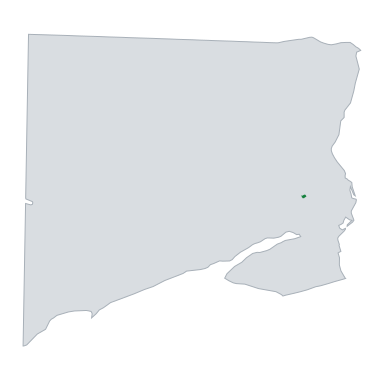 location of Shaykh Zayed, Al Jizah, Egypt, rotated 91°
{"feature_id": "37247803B86158206640686", "entity_name": "Shaykh Zayed", "entity_type": "district", "adm_level": 2, "iso_a3": "EGY", "parent_name": "Egypt", "parent_adm1": "Al Jizah", "projection": "equal_earth", "projection_center": [30.979, 30.049], "detail": "fine", "context": "in_parent", "style": "filled", "palette": "green", "viewbox_px": 384, "rotation_deg": 91, "n_neighbors": 0, "source": "geoboundaries", "source_scale": "gbopen_adm2", "svg_char_len": 3545}
<svg xmlns="http://www.w3.org/2000/svg" viewBox="0 0 384 384"><g transform="rotate(91 192 192)"><path d="M348.9,358.2L340.3,358.2L331.7,358.2L323.1,358.2L314.5,358.2L305.9,358.2L297.3,358.2L288.7,358.2L280.1,358.2L271.5,358.2L262.9,358.2L254.3,358.2L245.7,358.2L237.1,358.2L228.5,358.2L219.9,358.2L211.3,358.2L206.4,358.2L207.2,355.1L207.7,352.9L207.1,351.3L205.5,351.0L204.4,351.4L201.8,358.0L200.5,358.2L197.4,358.2L187.4,358.2L177.4,358.2L167.4,358.2L157.3,358.2L147.3,358.2L137.3,358.2L127.3,358.2L117.3,358.2L107.3,358.2L97.2,358.2L87.2,358.2L77.2,358.2L67.2,358.2L57.2,358.2L47.2,358.2L37.2,358.2L37.3,350.3L37.4,342.4L37.5,334.6L37.6,326.7L37.7,318.8L37.9,311.0L38.0,303.1L38.1,295.3L38.2,287.4L38.4,279.6L38.5,271.8L38.6,264.0L38.8,256.1L38.9,248.3L39.0,240.6L39.1,232.8L39.3,225.0L39.4,217.2L39.6,209.5L39.7,201.7L39.8,194.0L40.0,186.2L40.1,178.5L40.3,170.8L40.4,163.1L40.5,155.4L40.7,147.7L40.8,140.0L41.0,132.3L41.1,124.7L41.3,117.0L41.4,109.4L41.2,107.9L39.9,102.7L38.8,96.2L37.5,88.1L37.4,85.4L35.3,77.1L35.1,74.8L35.7,73.1L39.7,66.1L40.9,62.7L42.0,58.6L42.4,55.3L41.4,50.3L40.1,45.7L39.8,41.1L39.7,36.5L41.7,33.4L44.1,30.5L45.0,28.7L46.5,26.7L47.5,25.8L49.3,29.8L53.2,30.5L66.2,26.9L80.3,30.6L88.2,32.0L100.2,35.1L107.5,40.6L109.5,41.3L114.8,41.2L118.3,44.5L132.1,46.1L139.5,49.7L143.6,52.6L146.2,53.5L148.4,53.4L151.4,52.3L155.2,50.2L159.3,47.4L167.9,40.1L170.9,38.8L172.9,39.2L175.3,39.1L176.3,37.1L177.6,35.8L178.4,34.2L179.7,32.4L184.1,31.9L193.0,28.7L192.0,30.2L183.9,33.7L187.4,34.2L191.0,33.0L195.0,32.2L195.7,30.7L196.3,27.9L197.0,27.5L199.8,28.0L208.2,32.4L210.3,32.4L216.1,30.1L217.4,29.6L219.3,30.9L223.6,36.3L222.1,36.2L217.5,31.5L217.1,33.9L214.4,37.9L217.7,39.7L220.4,40.4L221.9,42.6L222.8,44.7L225.5,43.8L227.3,41.0L226.4,39.5L225.7,37.9L226.5,37.9L228.4,39.2L233.7,44.4L235.5,45.5L237.5,45.3L241.8,43.8L243.0,44.0L248.8,42.1L249.5,43.5L250.4,44.9L255.1,43.4L262.4,43.4L268.3,41.7L275.2,37.5L275.7,36.9L276.1,37.9L277.0,40.8L279.1,47.9L281.0,53.6L283.4,61.4L284.1,64.4L284.5,66.5L287.8,75.1L289.9,82.2L291.4,87.9L293.5,96.4L294.4,99.3L293.0,100.8L290.2,106.3L287.4,123.8L283.2,137.5L282.8,146.1L282.1,149.2L280.1,153.5L277.6,157.8L273.1,155.6L265.7,148.1L261.4,141.0L256.8,136.4L252.4,130.3L251.2,125.9L251.3,123.1L249.3,116.3L247.9,113.1L242.6,105.8L241.1,101.9L240.0,100.2L238.8,97.8L236.9,88.4L234.7,82.5L232.4,84.1L232.8,86.6L230.8,90.1L229.6,94.1L230.5,97.4L234.8,102.4L235.7,104.6L236.7,109.3L236.6,115.8L237.3,118.0L240.6,122.8L241.7,125.7L242.4,128.1L243.5,130.4L246.7,134.6L251.4,142.6L255.8,148.0L258.9,150.6L260.3,153.2L260.6,160.0L260.4,163.2L263.2,169.2L264.3,172.3L267.0,174.8L268.3,177.7L269.4,182.3L271.2,196.1L273.6,199.5L281.0,217.7L287.2,229.2L290.3,237.8L294.9,248.3L304.0,271.5L309.3,278.6L311.5,282.6L315.4,285.7L319.6,290.2L315.6,289.7L314.6,290.0L313.2,290.8L312.6,293.5L312.3,295.7L313.0,307.5L314.1,313.5L317.7,324.9L320.4,328.3L321.7,330.5L323.5,332.1L331.8,336.0L336.7,344.2L347.8,354.6L348.9,357.5L348.9,358.2Z" fill="#d9dde1" stroke="#a8b0b8" stroke-width="1"/><path d="M194.5,81.3L194.6,81.2L194.7,81.3L194.8,81.3L194.8,81.2L195.0,81.1L195.1,80.9L195.3,80.8L195.4,80.7L195.5,80.7L195.5,80.4L195.4,80.4L195.4,80.2L195.2,80.0L195.2,79.9L195.0,79.7L194.9,79.6L194.7,79.1L194.3,78.6L194.2,78.5L193.8,78.9L193.7,78.9L193.6,79.0L193.4,79.1L193.3,79.3L193.2,79.3L193.3,79.3L193.3,79.5L193.5,79.7L193.6,79.8L193.7,80.0L193.8,80.1L193.9,80.3L194.0,80.4L194.0,80.5L194.2,80.8L194.3,80.9L194.3,81.0L194.5,81.2L194.5,81.3L194.5,81.3Z" fill="#22c55e" stroke="#15803d" stroke-width="1.5"/></g></svg>